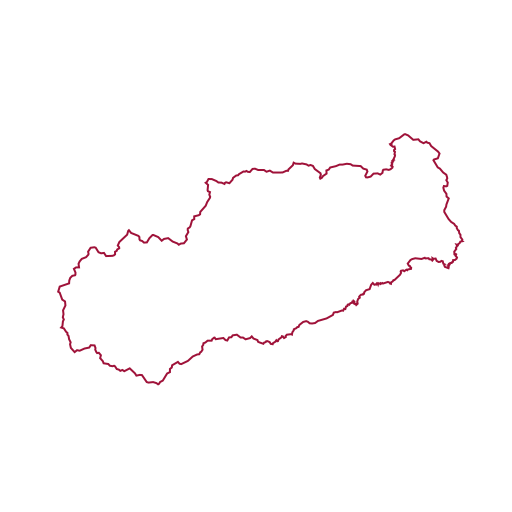 outline of Phrao, Chiang Mai, Thailand, rotated 70°
{"feature_id": "78962969B69125034410503", "entity_name": "Phrao", "entity_type": "district", "adm_level": 2, "iso_a3": "THA", "parent_name": "Thailand", "parent_adm1": "Chiang Mai", "projection": "albers", "projection_center": [99.26, 19.288], "detail": "fine", "context": "isolated", "style": "outline", "palette": "rose", "viewbox_px": 512, "rotation_deg": 70, "n_neighbors": 0, "source": "geoboundaries", "source_scale": "gbopen_adm2", "svg_char_len": 6036}
<svg xmlns="http://www.w3.org/2000/svg" viewBox="0 0 512 512"><g transform="rotate(70 256 256)"><path d="M206.9,56.8L207.3,60.0L204.3,62.7L201.9,63.5L200.6,68.5L194.7,71.8L192.5,74.2L192.4,75.1L194.3,81.2L194.0,85.4L194.5,87.1L196.6,90.5L196.7,91.8L197.6,91.6L197.6,90.5L198.7,90.9L200.2,89.9L200.5,88.4L203.1,88.7L203.6,90.0L204.6,90.4L205.7,89.8L207.8,91.1L208.7,90.8L209.9,91.5L212.2,93.8L212.8,93.6L212.8,94.4L213.5,94.5L213.4,95.2L213.9,95.1L214.4,96.3L215.1,95.9L216.0,97.1L216.9,96.9L217.4,98.1L218.9,97.1L219.7,97.7L220.5,100.0L220.5,101.8L219.1,104.0L218.5,106.8L218.9,107.5L221.1,108.7L222.0,111.4L220.0,113.4L218.8,117.4L220.6,121.1L220.3,124.4L219.7,125.7L218.0,125.9L214.7,122.4L212.7,122.4L210.6,125.3L207.3,126.9L204.1,134.2L202.1,135.7L200.4,139.1L199.7,143.5L198.7,146.2L198.9,150.2L198.2,156.0L199.7,158.1L199.7,160.6L202.7,161.5L203.8,165.7L205.0,167.3L205.3,169.1L204.1,169.2L201.9,167.3L200.3,167.1L194.4,171.0L190.8,171.7L189.1,173.7L189.1,175.7L187.2,177.2L184.8,181.1L184.6,182.8L182.7,187.3L181.2,188.7L183.3,190.3L185.8,196.0L186.9,196.7L186.3,198.3L186.6,202.5L183.4,211.5L180.5,213.8L180.4,217.3L177.9,219.1L175.9,224.6L173.6,227.1L173.0,229.5L175.0,233.1L174.1,234.9L172.8,235.9L173.0,237.4L172.3,238.9L173.3,244.1L174.0,245.1L173.6,247.1L174.7,250.8L176.3,252.0L178.5,256.1L176.5,258.9L176.7,260.3L177.5,261.0L175.2,263.4L174.1,266.2L172.0,267.6L168.6,271.2L167.4,274.3L169.7,276.9L170.0,278.2L172.8,276.7L177.6,279.0L178.7,279.0L180.2,277.4L182.4,278.9L184.6,278.8L185.5,279.3L188.6,283.4L191.6,286.1L195.5,293.3L197.7,294.3L198.1,295.9L197.6,300.5L200.2,301.4L200.6,303.9L205.5,307.4L206.4,308.5L206.9,310.7L208.2,311.3L210.4,311.4L213.4,315.1L216.9,315.3L219.4,319.4L218.6,322.4L219.0,324.7L217.4,325.5L213.9,329.4L209.2,332.4L208.5,336.6L209.4,339.4L204.8,341.4L201.1,345.3L200.9,346.1L202.8,350.1L205.9,353.9L205.1,356.7L203.0,357.8L201.6,359.6L200.5,359.8L198.3,359.1L196.9,359.6L191.6,365.5L188.3,366.6L188.7,367.5L191.9,369.8L196.1,379.6L198.9,382.3L200.9,381.6L202.0,381.9L202.4,384.2L203.5,385.1L203.8,387.0L206.3,387.9L206.8,389.4L206.7,391.0L204.8,396.9L201.1,397.8L200.5,400.6L198.6,402.7L193.4,403.8L192.5,404.9L191.7,408.6L194.5,412.3L196.7,412.6L197.4,413.1L199.0,416.1L199.1,420.7L200.8,423.6L202.6,425.4L206.2,426.2L205.2,429.0L205.8,431.5L209.8,431.3L211.8,432.1L212.2,432.6L211.8,435.4L213.0,438.0L215.1,439.8L217.8,441.0L217.6,450.9L221.9,454.1L223.3,453.0L230.7,453.0L233.4,451.0L237.3,452.0L241.1,455.9L244.9,456.8L247.5,458.5L249.9,458.3L251.4,459.8L255.7,461.9L256.6,463.5L258.3,461.3L262.2,460.4L263.8,459.5L265.3,460.1L267.0,459.5L270.3,460.1L273.7,459.7L275.3,460.9L279.0,461.4L284.3,459.3L283.3,456.4L284.7,454.1L284.3,448.8L285.0,444.0L283.3,441.8L284.8,438.3L287.6,438.3L289.0,439.1L291.7,438.9L292.9,438.5L293.2,436.8L296.2,435.7L298.7,437.4L302.5,435.9L304.7,435.9L307.0,431.7L309.1,430.9L310.5,428.5L310.6,426.9L311.5,426.2L314.6,425.5L315.9,423.7L317.5,422.8L317.4,420.5L319.2,419.2L318.4,413.1L324.8,409.9L327.5,409.3L328.0,405.8L328.9,403.9L337.1,401.8L338.2,400.3L339.3,395.8L341.4,393.0L343.1,391.9L342.9,390.8L341.6,389.2L341.2,386.2L336.0,379.7L335.7,376.6L332.7,375.5L332.0,373.3L330.0,372.2L328.8,365.6L331.1,364.7L332.0,363.2L331.3,355.9L328.8,349.8L328.4,345.0L328.9,342.9L327.4,341.3L327.3,340.3L325.8,338.3L322.6,337.6L321.4,335.9L320.0,335.2L320.0,333.2L319.0,330.4L320.4,326.7L319.2,325.6L318.4,323.3L318.5,322.8L320.4,322.3L321.9,314.7L324.6,313.4L325.6,311.9L323.3,309.2L323.9,306.9L322.6,305.1L323.4,300.9L327.3,298.4L328.2,296.1L330.7,294.3L331.1,289.6L330.1,287.5L332.7,286.6L335.5,283.4L337.3,283.4L338.3,282.4L341.0,279.1L340.2,278.1L340.2,276.3L339.6,275.6L339.9,274.4L341.6,272.6L343.6,272.2L344.6,270.5L343.7,269.8L343.2,267.3L342.1,265.7L343.4,265.2L343.5,264.5L342.1,263.3L341.1,259.8L340.2,259.1L340.7,258.3L342.7,257.7L342.3,255.7L341.3,255.5L340.5,253.9L341.5,249.6L342.1,249.1L340.1,247.9L338.8,246.0L337.8,245.5L337.6,242.8L336.9,241.5L337.2,240.3L335.6,238.8L334.1,234.2L334.4,231.1L335.6,229.7L337.6,228.6L338.6,226.4L339.2,223.4L338.2,220.0L338.8,211.0L337.7,203.9L335.8,202.3L336.0,200.1L336.6,199.0L336.6,193.8L337.2,192.8L335.7,191.3L336.4,190.2L334.3,188.7L334.3,187.3L333.1,186.5L333.0,185.8L333.7,185.1L332.6,183.4L332.9,181.5L331.8,181.1L331.9,180.4L331.3,179.8L332.5,179.1L334.3,180.1L335.2,179.3L335.1,178.6L336.3,178.5L335.6,176.8L333.3,176.4L331.3,174.7L330.7,172.8L329.6,173.0L328.9,172.0L328.3,170.4L328.8,168.7L328.2,168.2L328.4,167.4L327.1,166.7L325.8,164.3L326.0,160.6L322.4,157.6L321.3,155.5L323.5,154.6L323.7,153.3L323.1,152.0L323.9,152.0L323.5,150.9L324.2,150.9L323.5,150.4L324.2,149.4L324.1,148.5L324.9,148.6L324.6,146.5L325.3,146.1L325.5,140.9L327.1,139.1L327.7,139.4L328.3,138.7L327.0,138.0L326.6,136.2L325.7,135.1L326.0,134.2L322.9,127.1L321.5,125.5L319.9,125.3L319.5,124.8L319.8,122.7L321.0,121.9L320.3,119.3L321.1,118.7L320.6,117.9L321.1,114.7L320.0,114.2L319.5,114.8L318.1,114.8L317.4,115.7L315.0,116.0L312.6,112.2L312.3,110.3L312.6,107.1L315.4,101.5L315.4,98.0L316.2,97.7L317.1,94.6L318.3,94.3L319.4,92.3L320.6,91.9L320.1,91.0L318.5,90.8L319.4,90.1L319.8,88.1L322.4,87.9L324.1,86.4L324.5,84.6L324.0,83.5L324.8,82.3L327.3,82.6L328.5,81.5L329.2,82.3L330.8,82.2L333.3,79.3L332.2,78.6L331.6,78.9L330.9,78.0L330.3,78.5L330.2,77.0L329.3,77.2L329.0,75.7L329.5,74.5L328.8,73.8L328.8,72.8L327.3,72.2L327.8,70.4L327.1,68.4L326.1,67.6L324.2,68.4L322.9,67.3L322.6,67.5L323.0,68.6L322.4,69.0L319.7,68.2L317.9,65.4L316.7,65.4L315.4,63.5L313.9,63.7L314.8,62.5L314.0,62.0L313.6,60.3L312.4,59.1L312.7,57.0L312.2,57.3L311.1,56.5L308.2,57.4L305.9,56.6L304.1,57.2L301.6,56.7L300.9,57.4L298.4,57.8L297.1,57.3L295.5,58.4L293.6,58.8L290.7,61.0L287.1,62.4L279.0,64.0L277.3,63.4L274.7,60.5L272.8,59.5L267.8,55.2L265.3,56.6L262.7,55.8L258.9,56.9L255.9,56.6L254.5,55.5L255.6,53.5L255.5,52.3L252.6,50.7L249.8,51.2L248.6,49.8L247.3,49.5L244.7,49.4L241.5,51.6L236.8,53.3L234.9,54.9L226.7,56.5L226.2,55.8L226.4,51.7L222.5,48.5L220.2,49.2L212.6,53.8L209.3,54.4L208.1,56.3L206.9,56.8Z" fill="none" stroke="#9f1239" stroke-width="2"/></g></svg>